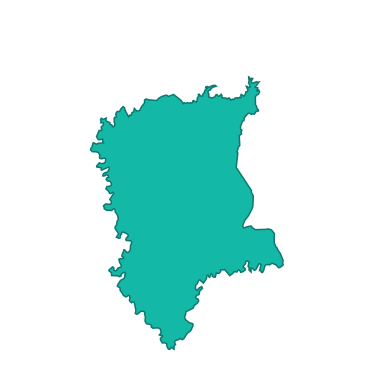 outline of San Pedro el Alto, Oaxaca, Mexico, rotated 48°
{"feature_id": "50627088B47026157219910", "entity_name": "San Pedro el Alto", "entity_type": "district", "adm_level": 2, "iso_a3": "MEX", "parent_name": "Mexico", "parent_adm1": "Oaxaca", "projection": "orthographic", "projection_center": [-96.479, 16.023], "detail": "fine", "context": "isolated", "style": "filled", "palette": "teal", "viewbox_px": 384, "rotation_deg": 48, "n_neighbors": 0, "source": "geoboundaries", "source_scale": "gbopen_adm2", "svg_char_len": 6049}
<svg xmlns="http://www.w3.org/2000/svg" viewBox="0 0 384 384"><g transform="rotate(48 192 192)"><path d="M306.9,172.7L305.6,172.4L304.0,170.2L296.7,167.5L292.7,167.0L290.4,166.2L288.4,166.2L284.7,164.8L278.0,158.6L273.3,158.3L270.2,160.2L269.7,161.5L262.5,170.0L259.8,170.9L256.7,170.9L254.4,174.8L253.7,177.4L252.5,177.6L250.6,176.4L248.4,171.7L247.3,165.6L244.8,159.0L243.4,156.4L236.0,149.1L232.0,148.1L230.6,146.8L203.3,142.7L193.7,131.9L192.1,131.8L191.7,130.5L189.8,127.9L189.4,125.4L181.8,119.2L181.9,116.2L180.2,115.4L179.5,113.6L178.1,113.9L176.0,112.4L173.1,107.0L173.7,105.6L171.8,103.6L171.1,97.8L171.7,96.6L174.1,96.0L174.5,94.5L175.9,93.6L175.0,90.1L176.3,88.5L175.5,87.7L173.0,87.9L171.9,86.8L169.6,86.4L163.6,81.2L163.3,78.8L163.8,77.4L162.8,74.8L161.0,74.2L160.6,76.2L160.1,76.2L159.5,74.4L158.5,73.4L157.2,74.8L156.4,74.9L155.1,68.6L154.4,69.8L153.2,70.3L151.6,74.2L150.9,74.8L149.4,73.9L148.3,70.9L147.6,71.3L147.6,73.3L145.2,72.6L144.4,72.9L147.6,75.2L148.7,76.9L151.6,77.8L152.8,78.6L152.5,80.1L150.9,80.2L149.8,80.9L153.9,82.3L154.3,83.8L153.6,84.8L155.1,87.1L155.5,89.3L152.4,90.1L152.6,90.8L154.4,92.0L154.6,92.7L153.5,93.2L153.4,94.4L151.5,96.1L151.0,97.2L151.4,98.8L150.1,99.8L149.5,101.8L147.2,101.3L146.6,102.0L146.6,103.6L145.0,103.8L142.1,106.6L140.1,105.1L138.8,105.0L139.1,107.6L138.1,108.5L136.5,108.2L135.8,108.9L136.5,111.5L135.6,114.2L132.5,116.0L130.5,114.0L128.1,113.2L127.9,111.3L128.5,109.9L128.0,108.7L128.1,106.4L129.6,103.2L128.5,103.3L127.2,104.6L125.9,107.4L125.8,109.2L123.9,109.9L123.2,111.3L123.6,112.1L124.5,111.2L125.2,111.4L125.1,114.6L126.2,116.0L126.6,118.5L127.6,120.0L127.3,120.8L126.0,121.4L124.2,121.2L123.7,122.0L125.2,122.8L125.6,124.9L127.9,127.7L128.0,128.6L124.9,129.8L125.0,130.7L125.9,131.4L125.8,132.7L124.8,133.1L124.0,134.9L122.5,135.6L122.2,137.2L120.3,138.1L120.5,139.5L116.8,138.8L107.2,140.4L105.2,145.6L103.2,146.0L102.4,147.0L100.8,150.6L100.1,153.9L100.4,157.0L94.6,162.4L92.0,164.0L92.0,165.8L94.1,167.8L94.8,172.4L96.3,176.2L96.2,177.2L94.7,178.9L91.3,178.9L93.5,181.8L92.8,183.3L94.2,186.0L93.3,186.9L93.6,188.8L86.5,187.0L84.2,185.8L82.4,186.1L82.7,189.3L83.7,192.0L82.2,193.6L82.3,195.0L83.4,196.9L85.1,197.4L85.7,198.4L84.8,199.4L85.3,200.8L86.6,201.5L87.5,202.9L89.2,203.3L90.8,204.8L91.1,205.5L90.7,207.1L90.1,207.4L88.7,206.7L87.0,207.6L85.4,206.6L82.3,208.2L81.0,208.0L79.7,206.3L78.7,209.3L76.5,210.1L77.1,211.7L78.8,212.4L79.5,213.5L81.2,211.7L82.4,212.4L82.9,213.5L82.9,216.0L85.5,217.6L85.7,218.2L84.1,219.9L87.0,225.9L90.3,226.6L91.4,225.8L92.8,223.0L94.8,224.6L96.3,224.9L93.1,229.0L92.6,231.0L89.6,232.1L89.4,232.8L91.6,236.2L92.0,238.1L92.9,239.3L95.4,239.1L98.0,236.3L100.0,235.2L102.8,235.7L104.6,237.8L105.4,238.0L106.7,237.1L108.5,234.1L109.6,233.9L111.9,236.5L111.6,238.2L110.5,240.3L108.3,241.3L108.8,245.2L109.6,246.1L112.8,243.6L113.6,243.5L114.7,244.7L115.4,244.4L117.6,237.3L118.4,237.2L119.2,237.7L120.6,241.2L119.2,244.5L119.5,246.5L120.3,247.5L121.3,246.8L122.1,243.6L123.7,243.4L125.3,244.0L124.6,246.0L125.1,247.3L127.3,247.5L128.8,245.9L129.8,245.8L131.7,246.2L132.6,247.0L133.0,247.8L132.4,249.7L131.0,251.6L132.1,253.9L135.0,253.5L138.1,254.1L138.9,253.4L139.0,251.2L140.6,251.0L142.5,258.1L144.5,258.2L146.2,259.2L146.5,260.0L146.2,261.2L143.0,264.3L143.1,267.2L144.0,267.2L145.7,268.4L148.5,267.7L152.0,264.0L152.0,261.7L152.8,261.0L153.7,261.0L155.5,262.4L159.2,262.8L163.1,265.0L163.6,267.2L166.0,270.1L166.3,272.0L167.5,273.5L173.9,274.4L175.0,278.5L177.4,277.4L178.0,276.2L176.0,273.7L176.2,272.7L175.1,271.5L175.4,270.3L176.2,269.7L180.1,268.1L181.2,268.2L182.0,268.7L182.4,272.1L183.3,273.2L184.2,273.2L187.3,270.1L189.1,270.5L190.9,273.8L193.8,276.7L194.3,278.5L193.9,280.1L192.9,281.0L190.6,280.7L189.4,281.2L192.3,286.7L193.0,287.2L194.8,286.5L195.4,287.0L194.9,288.7L193.7,289.6L193.0,291.4L196.2,293.0L198.9,293.5L200.3,294.8L199.0,297.9L199.7,300.9L199.4,301.9L197.8,302.4L195.9,300.7L194.5,301.2L194.4,305.8L195.0,306.5L198.1,305.9L200.3,307.7L204.4,303.4L206.6,302.4L207.0,301.1L206.0,299.8L205.7,298.5L206.1,296.5L207.0,295.5L207.8,295.7L208.3,297.0L209.8,298.2L210.7,300.5L209.9,304.4L211.0,308.4L211.8,310.3L212.3,310.5L215.1,309.7L217.2,311.3L219.7,311.4L223.1,312.2L225.9,311.2L226.3,308.4L227.2,307.8L229.6,309.2L230.3,310.8L231.3,311.3L233.8,311.1L233.9,309.5L235.6,308.9L242.4,312.9L244.4,315.4L245.6,315.0L246.4,314.0L246.4,310.4L246.9,309.1L249.1,307.5L250.0,307.6L251.0,309.0L253.5,310.1L256.4,313.2L258.3,313.9L260.2,313.6L261.7,312.0L263.5,311.5L264.9,311.7L265.0,312.6L266.9,312.3L270.2,308.2L272.4,307.2L275.2,308.5L276.1,309.6L276.4,311.9L277.6,311.3L278.6,310.1L279.4,310.3L279.6,313.3L280.8,314.4L284.3,315.1L286.1,312.9L288.1,312.4L289.7,313.8L292.9,314.7L293.9,314.0L293.9,311.1L296.8,310.6L294.2,308.1L294.3,306.3L291.9,305.5L291.4,304.6L291.5,303.3L292.8,300.7L292.7,299.0L294.6,298.4L295.4,297.7L295.4,295.5L293.8,290.2L294.2,286.5L293.9,284.9L292.0,280.7L290.9,279.7L290.0,279.7L287.5,281.4L283.1,282.2L281.3,281.9L279.7,280.9L278.9,278.9L276.9,276.6L279.1,269.0L277.8,266.1L278.2,263.0L277.6,260.1L276.0,259.1L273.7,260.1L272.5,259.9L272.0,257.0L272.9,255.9L272.5,254.5L270.9,253.0L270.5,248.5L268.8,248.1L268.1,250.6L268.4,254.1L266.5,254.3L263.7,251.8L263.7,249.7L262.2,246.0L262.4,245.0L267.4,244.5L266.1,239.3L264.1,236.8L264.5,235.8L266.5,236.2L267.2,235.9L265.4,232.5L266.9,232.1L268.3,233.3L270.2,232.6L270.8,231.6L268.5,228.2L270.5,226.4L270.3,224.0L269.0,222.7L271.0,220.6L271.3,219.6L279.4,219.9L279.8,216.2L279.4,213.8L281.5,212.2L280.9,210.3L281.4,209.3L282.9,209.1L284.2,209.6L285.3,207.6L285.6,204.9L284.6,203.7L282.1,204.1L281.5,203.5L281.1,200.1L279.6,198.7L279.7,198.1L280.2,197.3L282.1,196.4L285.0,200.3L286.5,200.1L288.2,201.9L291.0,201.6L288.0,199.1L288.9,198.3L292.0,198.0L292.4,196.6L290.2,190.3L290.9,189.5L292.2,189.4L295.6,194.4L296.3,193.5L298.2,194.1L299.0,193.4L298.3,191.4L295.8,187.6L295.4,186.0L296.9,183.9L298.0,183.3L298.6,180.1L302.4,178.3L306.3,178.3L307.1,176.3L306.8,174.9L307.5,174.1L306.9,172.7Z" fill="#14b8a6" stroke="#0f766e" stroke-width="1.5"/></g></svg>